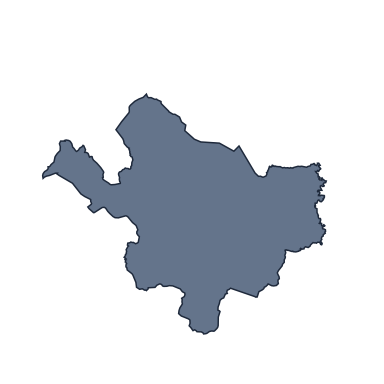 Houet, Houet, Burkina Faso (orthographic projection), rotated 313°
{"feature_id": "67063806B93880456931202", "entity_name": "Houet", "entity_type": "district", "adm_level": 2, "iso_a3": "BFA", "parent_name": "Burkina Faso", "parent_adm1": "Houet", "projection": "orthographic", "projection_center": [-4.215, 11.389], "detail": "fine", "context": "isolated", "style": "filled", "palette": "slate", "viewbox_px": 384, "rotation_deg": 313, "n_neighbors": 0, "source": "geoboundaries", "source_scale": "gbopen_adm2", "svg_char_len": 6057}
<svg xmlns="http://www.w3.org/2000/svg" viewBox="0 0 384 384"><g transform="rotate(313 192 192)"><path d="M232.5,91.9L228.0,91.8L223.9,89.8L219.3,88.3L213.7,87.8L212.0,87.9L211.1,88.3L208.3,91.1L207.1,91.8L195.3,92.6L185.7,93.9L183.8,105.0L182.9,107.0L181.2,109.4L180.7,114.0L181.2,116.2L180.4,116.3L180.4,117.3L180.0,117.5L179.0,119.2L178.1,119.8L177.7,121.3L176.7,121.4L176.3,123.3L176.7,123.8L176.6,124.6L175.1,126.9L172.6,127.9L170.1,129.9L169.0,129.9L167.5,131.1L166.6,131.1L165.8,130.4L165.7,129.4L164.4,127.8L164.0,126.8L162.4,126.8L161.0,126.1L158.9,126.2L157.1,125.3L155.6,125.6L154.6,126.5L153.3,129.0L151.7,130.2L150.4,131.9L150.2,132.9L149.4,133.7L145.0,130.6L142.1,127.9L141.6,126.3L141.7,125.1L140.7,120.0L140.6,118.0L141.1,117.3L141.7,117.2L141.7,116.8L142.3,117.0L144.0,115.0L146.2,114.0L146.6,113.2L147.6,108.7L148.2,102.8L148.1,98.3L148.5,96.7L149.7,94.8L149.1,93.9L147.6,93.2L149.2,90.0L149.3,89.2L148.9,87.8L147.8,86.5L150.3,85.3L152.0,81.3L151.8,80.5L150.2,80.7L147.5,79.9L145.3,80.4L143.0,80.0L142.8,78.9L143.4,75.8L143.4,74.2L145.3,71.2L146.0,68.4L145.6,66.7L144.2,64.5L142.9,63.7L142.6,64.4L139.6,61.2L136.9,62.1L135.4,64.7L132.4,67.3L128.3,67.2L125.4,67.6L124.2,67.9L119.8,70.6L115.8,70.2L114.6,70.5L113.1,70.4L112.3,69.5L110.9,70.9L108.9,71.0L106.4,70.3L103.9,70.6L102.1,71.6L100.4,73.8L102.2,73.9L104.4,74.8L106.9,76.5L112.7,79.3L113.9,80.7L113.1,80.7L113.5,83.6L116.9,98.6L114.8,112.0L115.5,116.5L117.4,123.0L116.0,124.4L115.1,126.4L114.2,126.7L110.0,126.0L109.6,128.0L109.7,134.0L110.3,134.6L119.4,136.9L120.9,138.2L121.3,139.8L120.4,143.6L120.2,146.3L120.2,151.0L120.7,153.2L122.9,155.8L129.3,159.7L129.8,160.4L130.1,162.0L129.1,169.3L129.4,173.9L127.4,178.2L125.2,178.8L124.0,180.0L123.5,182.0L123.4,184.0L118.5,187.0L117.6,186.9L115.7,186.0L115.1,183.4L114.4,182.9L113.7,181.4L112.4,181.1L110.8,179.9L109.1,181.0L109.2,182.4L108.6,182.3L104.9,183.2L104.0,184.7L103.2,185.0L102.1,186.1L101.0,185.9L100.2,186.6L98.0,186.9L98.3,187.8L98.1,188.5L98.0,188.1L97.7,188.4L98.0,189.2L96.8,189.1L96.8,190.2L95.4,190.9L95.6,191.2L95.0,193.1L94.4,193.0L92.7,194.2L92.1,195.1L92.2,195.9L90.8,197.8L91.3,203.9L90.9,205.5L87.6,212.7L84.5,216.4L85.1,220.0L87.4,221.8L87.8,224.1L88.8,225.3L88.8,225.9L91.2,226.0L92.1,225.3L97.0,230.0L99.9,229.9L102.7,231.0L103.4,232.1L103.5,233.7L103.2,234.5L103.7,235.7L105.9,237.9L108.0,239.2L110.2,241.9L113.1,249.5L112.5,253.0L113.2,255.6L112.2,256.8L110.3,257.7L107.2,256.9L106.7,258.1L104.8,259.6L103.6,261.3L98.9,262.2L96.4,263.4L93.9,265.2L94.0,268.7L96.7,275.7L97.0,277.3L96.8,277.9L94.7,280.1L92.2,281.2L92.1,283.3L91.3,287.3L93.0,287.9L93.4,289.7L93.2,290.9L96.1,294.3L96.5,296.2L96.1,297.3L97.9,298.8L98.9,299.3L101.9,299.9L103.8,301.2L105.0,302.8L105.7,303.2L109.2,303.3L110.8,303.0L112.2,302.2L118.5,296.5L123.7,294.0L123.8,293.3L123.3,291.5L125.7,289.5L128.8,288.2L131.9,286.4L134.1,286.5L136.2,287.4L140.1,286.0L141.9,287.0L142.5,285.7L144.2,284.8L146.2,285.6L147.9,285.8L158.3,309.1L158.7,310.6L159.7,310.8L159.8,311.2L164.7,308.9L168.5,310.2L170.4,310.4L171.7,309.8L173.0,310.4L175.7,310.6L176.5,310.3L176.8,310.6L177.8,314.1L179.0,315.8L181.4,317.6L182.6,317.4L183.8,317.7L185.5,315.5L186.6,314.9L188.1,315.0L189.4,313.5L190.6,310.3L191.3,309.4L193.6,308.8L199.5,308.3L200.8,307.5L203.5,307.4L205.3,305.7L206.9,305.3L208.2,304.6L208.5,303.7L209.2,303.0L211.5,302.0L212.7,300.1L212.8,300.3L213.5,300.0L214.3,300.8L214.2,301.3L215.2,302.5L216.4,305.2L217.0,306.0L217.5,306.1L217.5,306.9L219.0,308.8L221.6,310.5L222.5,310.3L222.9,311.0L224.0,311.0L224.4,309.9L224.9,309.9L225.3,311.5L226.8,312.7L227.6,312.2L229.3,312.3L230.6,314.8L232.8,315.3L234.2,314.8L237.6,315.0L238.0,316.1L238.8,316.5L239.4,317.9L240.8,318.1L242.1,319.4L241.9,321.1L241.4,321.8L241.8,322.8L242.2,322.8L243.2,322.2L243.8,319.5L245.8,319.3L246.2,318.4L247.2,317.8L248.2,317.6L249.1,318.0L250.4,317.1L252.7,317.6L253.2,316.5L254.2,316.6L255.4,315.3L254.9,313.6L254.3,312.9L254.7,311.8L256.4,311.6L257.3,312.2L257.9,312.2L258.0,310.7L257.6,310.6L256.6,311.2L255.8,309.8L257.3,308.3L256.0,306.9L255.9,306.4L257.6,306.5L257.9,305.7L259.0,305.4L259.9,304.6L260.1,303.9L259.2,303.2L259.3,302.3L260.6,300.4L261.0,300.4L262.2,297.5L265.0,294.8L264.5,293.2L264.8,292.0L265.0,291.8L265.1,292.1L265.6,291.5L265.8,292.0L266.1,291.9L266.2,291.3L267.8,289.7L269.0,290.9L271.7,289.8L272.7,290.2L272.4,292.3L273.2,293.3L275.9,293.3L276.3,292.7L276.6,293.0L277.0,292.9L277.0,292.6L278.3,292.5L278.7,291.9L279.4,291.7L279.6,291.1L277.7,288.6L276.8,288.4L275.6,286.9L276.4,286.4L277.6,286.8L278.9,285.7L279.0,284.7L277.9,283.7L278.2,283.2L279.4,283.1L281.8,285.8L283.0,282.6L283.9,281.8L284.9,282.1L285.0,283.6L286.1,284.6L286.8,284.3L287.0,282.6L288.5,282.3L290.0,283.4L291.6,282.7L290.5,281.1L290.9,280.0L290.5,278.4L291.0,277.5L290.3,277.2L290.0,278.4L289.1,279.0L289.0,278.2L288.0,277.3L288.0,276.0L288.4,275.7L288.9,276.2L289.7,276.1L289.5,275.2L289.9,275.0L289.9,274.1L289.3,273.8L291.2,271.9L290.9,270.2L291.3,268.5L292.0,269.4L293.3,269.2L293.4,270.6L295.2,270.1L296.5,270.4L296.8,270.2L296.6,269.8L297.0,269.2L297.1,267.0L297.5,266.6L298.9,267.5L299.5,265.0L298.6,264.1L298.1,264.7L296.2,264.9L295.6,263.1L296.1,262.9L296.1,261.8L294.4,261.2L293.3,260.2L291.9,260.7L289.4,259.2L288.3,259.0L285.9,255.1L285.1,254.1L284.5,253.9L283.1,252.0L279.2,249.6L278.2,249.5L278.0,248.8L277.2,248.2L277.1,247.5L276.0,247.2L275.7,246.4L275.1,246.0L275.1,245.5L273.4,244.0L272.9,242.8L271.4,241.8L270.6,239.0L270.1,238.7L268.2,236.3L268.0,235.5L267.2,235.2L267.0,234.1L266.2,233.8L266.6,232.7L266.2,232.4L264.6,233.0L263.9,232.3L263.8,231.3L263.4,231.2L263.0,231.9L262.1,231.8L260.6,232.6L258.9,233.0L258.4,233.6L257.0,233.3L256.4,234.5L254.2,235.2L251.2,233.9L250.3,231.4L248.8,229.9L248.9,225.1L257.7,195.0L250.4,194.8L246.4,178.7L234.6,164.3L232.2,157.7L231.9,144.9L236.7,141.8L236.1,136.6L238.3,131.8L237.2,126.5L235.9,125.1L234.9,120.3L235.2,120.0L235.6,109.7L236.0,108.5L236.9,107.9L237.0,107.4L235.7,103.7L235.8,102.8L234.4,101.6L233.1,97.7L231.3,95.9L231.3,94.4L232.5,91.9Z" fill="#64748b" stroke="#1e293b" stroke-width="1.5"/></g></svg>